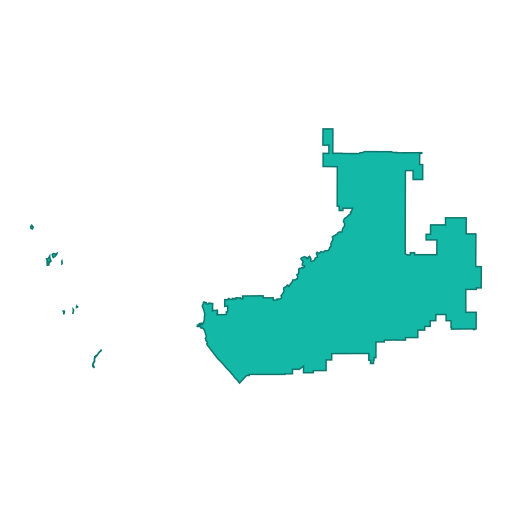 Greater Geraldton, Western Australia, Australia (Natural Earth projection)
{"feature_id": "25037944B20957215446412", "entity_name": "Greater Geraldton", "entity_type": "district", "adm_level": 2, "iso_a3": "AUS", "parent_name": "Australia", "parent_adm1": "Western Australia", "projection": "natural_earth1", "projection_center": [114.652, -28.44], "detail": "fine", "context": "isolated", "style": "filled", "palette": "teal", "viewbox_px": 512, "rotation_deg": 0, "n_neighbors": 0, "source": "geoboundaries", "source_scale": "gbopen_adm2", "svg_char_len": 5989}
<svg xmlns="http://www.w3.org/2000/svg" viewBox="0 0 512 512"><path d="M203.5,302.1L203.3,303.9L202.5,305.1L202.3,306.1L202.4,306.6L203.7,309.7L204.6,313.1L204.7,315.1L204.4,316.7L204.4,319.3L203.8,321.9L203.1,322.3L203.4,322.2L203.3,322.5L203.6,322.5L203.5,323.0L203.0,323.3L202.9,323.1L203.2,322.5L203.2,322.4L202.8,323.3L203.0,323.5L202.4,324.0L202.4,324.3L201.9,324.5L201.8,323.9L201.8,324.0L201.6,324.5L201.8,324.4L201.8,324.7L200.1,324.9L200.5,323.9L201.3,323.7L201.2,323.7L201.3,323.5L201.3,323.3L201.2,323.6L201.2,323.3L200.5,323.5L200.2,324.1L199.8,324.3L199.7,324.8L199.4,324.6L199.3,324.2L200.1,324.0L200.0,323.9L200.0,323.5L199.3,323.6L199.3,324.1L198.8,324.7L197.4,325.1L197.5,326.0L197.3,326.4L200.0,326.6L200.6,327.1L200.7,327.7L201.1,328.1L201.8,328.0L202.4,328.2L202.5,327.9L203.4,328.6L204.7,330.9L205.5,333.9L206.2,335.8L206.2,336.5L205.9,337.7L205.4,338.4L205.9,339.5L205.9,340.3L206.2,341.1L206.9,341.5L207.3,342.1L207.4,343.1L207.0,343.4L207.2,343.7L206.9,344.1L207.2,344.9L217.7,358.6L222.3,363.1L225.9,367.5L227.1,368.8L227.9,369.3L228.2,369.8L230.3,372.0L231.7,373.9L232.5,374.5L235.4,378.5L236.3,379.0L237.2,380.0L239.5,383.1L246.6,375.5L249.2,375.5L249.2,374.4L285.0,374.4L285.0,373.8L292.5,373.8L292.5,369.3L299.4,369.3L303.5,366.1L303.5,372.7L313.3,372.7L313.3,370.6L326.1,370.6L326.1,359.9L331.7,359.9L331.7,353.6L368.8,353.5L368.8,360.2L370.5,360.2L370.5,363.5L373.5,363.5L373.5,360.2L374.0,360.2L374.0,357.7L375.9,357.7L376.0,341.9L384.3,341.9L384.3,340.1L391.8,340.1L392.0,340.0L405.5,340.1L405.5,337.6L417.8,337.6L417.8,330.1L424.7,330.1L424.7,326.4L430.3,326.4L430.2,320.7L435.8,320.7L435.9,314.5L446.1,314.5L446.1,320.7L450.7,320.7L451.1,321.1L451.0,327.2L451.4,327.2L451.4,329.1L473.6,328.9L473.6,329.5L474.7,329.5L474.7,328.9L476.1,328.9L476.2,312.3L465.8,312.3L465.8,289.4L476.3,289.4L476.3,287.9L481.2,287.9L481.3,266.6L475.7,266.6L475.9,233.9L466.2,233.9L466.2,217.8L445.5,217.8L445.5,224.9L430.6,224.9L430.5,234.3L426.1,234.3L426.1,239.9L436.9,239.9L436.8,254.7L414.6,254.7L414.6,252.7L410.3,252.7L410.3,254.9L407.1,254.9L405.2,253.7L405.4,170.6L413.1,170.6L413.1,179.5L422.7,179.5L422.7,164.6L419.6,164.5L419.7,153.3L421.8,153.4L421.8,152.7L397.6,152.8L397.3,152.5L392.9,152.5L391.6,151.7L364.4,151.6L362.5,152.7L360.0,152.7L359.2,153.6L341.9,153.5L341.9,153.3L333.9,153.3L332.8,153.4L332.9,128.9L323.0,128.9L322.9,145.1L328.9,145.1L328.9,153.4L323.1,153.3L323.1,166.5L337.3,166.7L337.2,206.2L339.1,206.2L339.2,210.5L342.9,210.5L342.9,208.2L352.6,208.2L351.8,210.4L350.5,212.5L350.8,212.7L351.2,212.3L351.1,212.8L350.7,213.0L349.7,214.9L349.0,214.8L348.6,215.1L347.2,216.8L344.7,218.4L344.0,219.6L343.5,220.9L343.5,221.8L344.3,223.0L344.6,223.8L344.5,225.7L344.4,226.2L343.0,228.1L342.3,229.9L342.1,231.5L341.9,232.0L341.3,232.3L340.4,231.9L339.1,232.0L338.0,232.7L337.1,234.2L335.8,234.7L334.9,235.6L333.7,235.9L332.4,236.9L332.4,237.8L333.0,238.5L333.0,238.9L332.5,240.5L331.6,241.9L331.3,243.0L330.7,243.8L331.2,246.2L329.7,247.4L329.1,249.5L328.4,250.4L327.1,250.8L325.1,250.6L323.1,252.4L320.8,251.6L319.7,252.9L319.2,253.3L318.1,252.9L317.5,252.3L316.9,252.4L316.5,253.0L316.4,253.6L317.0,254.9L317.4,256.8L316.5,257.6L315.2,258.1L314.7,259.9L314.1,260.5L311.5,261.5L310.8,261.3L310.6,260.3L310.7,259.8L311.0,259.5L311.0,259.0L310.3,257.3L309.6,256.3L308.1,257.3L308.1,258.4L306.4,258.4L306.4,257.5L304.6,256.7L301.8,257.7L301.0,258.3L300.9,258.9L301.1,259.3L303.1,261.1L302.9,261.5L303.0,262.2L302.2,264.1L302.3,265.2L302.7,265.7L304.5,266.0L304.7,266.4L304.6,266.9L303.4,267.9L301.7,267.6L300.8,268.4L299.3,268.4L298.9,268.7L298.7,270.1L298.9,271.1L298.4,273.8L298.1,274.1L297.1,274.4L296.8,274.9L297.6,276.4L297.6,277.9L297.3,279.0L296.6,278.9L296.0,279.4L294.4,280.0L292.9,279.9L292.0,282.3L290.2,284.1L289.3,286.4L288.6,286.5L288.2,285.5L287.8,285.0L287.5,285.0L287.1,285.2L286.0,286.9L284.6,287.3L283.9,287.8L283.7,288.9L284.1,291.1L282.3,294.3L281.1,295.4L281.1,296.1L281.7,297.2L281.5,297.9L280.0,299.0L277.0,299.0L277.0,300.1L273.2,300.1L273.2,297.8L263.1,297.8L263.1,295.8L242.6,296.0L242.5,296.7L242.8,296.9L242.8,298.8L241.4,298.8L241.4,298.4L240.3,298.4L240.3,297.9L235.9,297.8L235.9,299.0L234.5,299.0L234.3,298.5L232.5,298.5L232.5,299.5L231.8,299.5L230.6,299.4L228.6,298.5L228.2,298.8L228.2,299.7L224.8,299.6L224.7,306.4L225.8,306.1L227.2,306.2L227.6,306.0L227.6,311.9L226.3,311.9L226.3,314.5L224.2,314.6L216.9,314.7L216.9,313.3L217.5,313.0L217.5,310.6L217.0,310.0L216.3,310.6L214.3,310.3L212.5,310.9L212.7,303.6L210.8,303.5L210.8,303.2L208.6,303.2L208.6,304.0L206.5,304.0L206.3,304.0L206.3,302.6L204.9,302.6L204.7,302.1L203.5,302.1ZM47.0,261.9L47.2,265.2L48.9,265.0L48.8,264.3L49.0,263.9L49.1,263.3L48.9,263.3L49.2,262.4L48.9,262.1L49.4,261.6L50.2,261.8L50.3,261.1L51.0,261.1L51.0,260.5L50.6,260.2L50.2,258.8L49.7,258.1L49.9,257.5L49.7,257.1L49.7,256.1L48.5,258.2L47.5,258.8L46.5,258.9L47.4,261.2L47.4,261.5L47.0,261.9ZM52.9,257.1L53.2,257.5L53.7,257.0L54.6,256.8L55.9,255.4L56.9,254.0L57.1,253.2L56.6,253.5L56.2,254.2L55.6,254.4L55.0,253.7L54.4,253.8L53.7,253.5L52.6,254.0L52.2,254.7L52.9,257.1ZM94.3,361.2L93.0,363.3L92.6,365.8L92.8,366.5L93.3,366.9L93.7,366.9L93.9,367.4L94.1,367.3L93.7,366.0L93.2,365.4L93.2,363.7L94.7,361.2L94.5,360.0L94.8,357.9L97.2,355.3L98.9,352.7L99.8,351.8L100.7,351.3L101.2,350.3L101.1,350.1L100.8,350.2L100.4,351.3L99.5,351.7L99.1,352.4L98.4,352.9L98.3,353.3L97.3,354.8L95.9,355.7L96.2,355.9L95.1,357.1L94.8,357.1L94.9,356.7L94.7,356.7L94.7,357.4L94.4,358.6L94.3,361.2ZM30.8,227.9L31.0,228.4L32.3,229.0L33.1,227.6L33.1,226.8L32.6,226.6L32.3,225.9L31.7,225.2L30.7,226.6L30.8,227.9ZM64.5,312.0L64.2,311.0L63.1,311.1L63.8,312.7L63.7,313.6L63.9,313.8L64.1,313.6L64.2,312.9L64.5,312.0ZM73.2,309.3L73.3,311.3L72.7,313.9L73.0,313.3L73.5,311.2L73.5,309.7L73.2,309.3ZM76.5,307.5L77.2,307.3L78.2,306.3L77.5,306.8L76.9,306.8L76.7,307.0L76.6,306.3L76.4,306.7L76.5,307.5ZM61.9,263.9L62.1,263.8L62.2,263.2L61.9,260.9L61.7,261.2L62.0,263.4L61.9,263.9Z" fill="#14b8a6" stroke="#0f766e" stroke-width="1.5"/></svg>